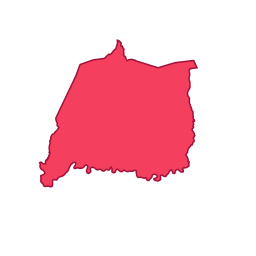 outline of San Francisco de Becerra, Olancho, Honduras, rotated 207°
{"feature_id": "27666195B71120455883268", "entity_name": "San Francisco de Becerra", "entity_type": "district", "adm_level": 2, "iso_a3": "HND", "parent_name": "Honduras", "parent_adm1": "Olancho", "projection": "albers", "projection_center": [-86.058, 14.62], "detail": "fine", "context": "isolated", "style": "filled", "palette": "rose", "viewbox_px": 256, "rotation_deg": 207, "n_neighbors": 0, "source": "geoboundaries", "source_scale": "gbopen_adm2", "svg_char_len": 5664}
<svg xmlns="http://www.w3.org/2000/svg" viewBox="0 0 256 256"><g transform="rotate(207 128 128)"><path d="M177.4,201.3L176.7,200.3L175.6,198.0L175.5,197.2L175.3,195.5L174.8,192.9L175.2,192.3L175.9,190.3L176.1,189.6L176.3,187.9L177.0,185.6L177.7,185.2L178.6,185.1L180.7,179.2L190.0,172.8L199.5,162.8L198.1,150.9L197.3,121.4L196.8,104.1L196.1,102.9L195.1,101.7L194.5,101.1L193.3,100.3L193.0,99.7L192.6,98.6L192.3,98.0L191.9,97.8L190.4,97.4L190.1,97.1L189.8,96.7L189.8,96.3L190.1,95.0L190.2,93.7L191.2,91.2L191.2,89.9L191.2,89.6L191.4,89.1L192.4,88.3L192.6,87.9L192.6,84.6L192.5,84.2L192.0,83.8L191.7,83.1L191.6,82.8L191.9,81.7L191.9,81.3L191.2,80.0L190.4,78.9L190.2,77.1L189.4,75.0L189.2,74.4L188.7,73.7L188.4,73.1L187.9,72.6L187.5,72.0L187.3,71.6L187.3,70.6L186.4,70.7L186.4,69.7L186.0,69.3L185.9,69.0L186.1,67.7L185.4,66.8L185.7,66.1L185.2,65.0L185.3,64.9L185.8,64.9L186.0,64.8L185.9,64.1L185.5,63.6L185.6,63.4L185.8,63.3L185.9,63.0L185.7,62.3L185.8,62.2L186.4,62.3L186.5,62.0L186.4,61.7L186.5,61.3L186.4,60.7L186.1,60.1L185.1,59.2L185.1,58.9L185.2,58.7L185.7,58.3L186.6,57.9L188.0,57.5L188.3,57.5L188.6,57.8L189.1,58.1L189.8,58.1L190.4,57.8L190.9,57.2L190.9,56.8L190.4,56.6L189.9,56.1L189.6,55.6L189.3,54.6L188.9,53.6L188.2,52.9L187.5,52.3L186.3,51.9L184.0,51.6L182.4,51.0L181.9,50.5L181.6,49.8L181.7,48.8L182.3,47.9L184.0,46.1L184.0,45.8L183.9,45.4L182.5,43.4L181.9,41.5L181.5,40.9L180.6,40.3L178.3,39.5L177.7,39.2L177.1,38.5L176.4,38.1L175.9,38.0L175.5,38.2L173.1,39.9L172.2,40.2L171.2,40.2L170.7,40.3L170.0,40.7L169.1,41.5L169.2,42.3L169.6,43.6L171.3,46.6L171.4,46.9L171.3,47.5L171.1,47.9L170.6,48.3L168.2,49.2L167.7,50.1L167.8,51.6L167.4,52.4L166.9,53.2L164.7,55.3L163.7,56.9L163.1,59.5L162.5,61.0L162.0,62.8L162.0,63.6L162.4,66.0L162.3,68.9L161.5,71.4L160.8,72.5L160.2,73.1L159.8,73.3L159.3,73.3L158.8,73.0L158.4,72.6L158.2,72.0L158.0,70.9L158.3,69.4L158.3,68.4L158.2,68.0L157.9,67.8L157.6,67.7L157.3,67.7L156.6,68.0L156.2,68.2L155.7,68.8L155.4,69.4L155.1,69.6L154.5,69.8L152.8,70.1L152.2,70.5L151.3,71.0L150.7,71.5L150.1,72.1L149.8,72.5L149.3,74.9L149.0,75.5L148.4,76.1L148.1,76.2L147.6,76.1L147.1,76.0L146.7,75.7L146.2,75.0L145.9,73.5L145.8,71.8L145.7,71.2L145.5,70.8L144.8,70.1L144.0,69.6L143.4,69.5L142.8,69.5L142.3,69.8L141.7,70.7L141.4,72.2L141.6,72.8L142.8,74.1L143.1,74.6L143.1,75.0L143.0,75.5L142.8,76.0L142.5,76.4L141.3,77.1L140.7,77.1L139.3,77.2L137.4,76.7L136.0,76.9L135.3,77.7L134.8,78.2L134.2,78.5L133.6,78.7L133.0,78.6L131.5,78.2L130.9,78.3L130.4,78.5L129.9,78.8L128.9,80.6L128.3,81.4L127.9,81.5L126.5,81.6L126.0,81.8L125.7,82.1L125.5,82.5L125.3,83.0L125.6,84.8L125.5,85.2L124.8,85.2L123.8,84.5L123.3,83.7L122.8,82.2L122.4,81.7L121.6,81.4L120.6,81.6L120.2,81.8L119.9,82.0L119.4,83.0L119.4,83.8L119.5,85.1L119.3,85.9L119.0,86.3L118.5,86.5L117.8,86.4L115.7,85.8L114.7,85.9L114.0,86.1L113.4,86.5L112.7,88.1L112.3,88.5L112.0,88.6L110.3,88.6L108.8,88.8L108.3,89.1L107.3,90.2L105.5,90.9L105.1,91.2L104.2,91.6L102.6,93.5L102.1,93.8L101.6,93.7L101.1,93.4L100.8,92.8L100.7,92.4L100.0,91.7L99.9,91.2L99.6,90.8L99.1,90.2L98.6,89.6L97.3,88.6L96.7,88.6L96.0,88.8L94.6,89.7L94.0,90.0L92.1,90.3L90.7,90.7L90.3,90.9L90.0,91.5L89.7,91.7L89.3,91.7L88.8,91.5L88.4,90.9L87.7,90.4L87.0,90.3L86.3,90.3L85.8,90.6L85.5,90.9L85.2,92.8L84.4,94.9L84.5,95.5L85.0,96.9L84.9,97.2L84.6,97.7L84.3,98.1L83.5,98.7L83.1,98.9L81.6,99.1L80.8,99.0L80.3,98.8L80.0,98.3L80.0,97.5L80.1,96.7L80.9,95.6L81.8,94.6L81.9,94.2L81.0,93.7L80.0,93.7L78.8,93.9L77.5,94.3L77.2,94.5L76.0,95.8L75.7,96.7L75.7,97.2L75.9,97.7L76.8,98.9L77.1,99.4L77.2,100.2L77.1,100.9L76.7,101.3L76.2,101.6L74.4,101.2L73.6,101.3L72.9,101.6L72.4,102.2L72.2,102.7L72.0,104.4L71.3,105.9L71.5,107.6L71.4,108.1L70.9,109.7L70.6,110.2L70.4,110.4L70.1,110.4L69.6,110.2L68.1,108.7L67.5,108.2L67.2,108.1L66.5,108.3L66.0,108.5L65.8,108.9L66.2,111.6L66.2,112.2L65.8,112.9L65.1,113.5L64.8,113.6L64.3,113.6L61.0,112.9L60.2,113.1L59.3,113.6L58.9,114.1L59.0,114.7L59.3,115.1L59.8,115.6L60.8,116.3L60.9,116.8L60.8,117.3L60.6,117.5L59.0,118.4L58.2,119.1L56.8,121.0L56.5,121.6L56.7,122.3L57.1,123.1L57.7,123.7L58.0,125.4L59.3,125.4L59.7,126.7L60.2,127.2L61.0,128.2L61.6,128.6L62.2,129.1L63.1,129.6L63.5,130.0L63.9,130.1L64.3,130.8L64.4,131.3L64.2,132.1L64.2,132.6L63.9,132.8L63.8,133.1L64.5,134.6L64.7,136.3L64.7,138.2L64.5,139.2L63.9,140.3L64.3,141.2L63.9,141.8L63.3,142.0L63.1,142.3L63.3,143.4L63.3,144.0L63.6,145.2L63.4,145.6L63.1,145.8L63.0,146.3L63.4,146.9L65.0,148.5L65.1,149.0L65.1,150.1L65.0,151.2L65.1,151.7L65.8,152.2L66.7,153.4L67.8,153.9L68.7,154.6L69.9,155.2L70.2,155.5L70.4,156.3L69.9,157.6L69.9,158.6L70.1,158.8L71.0,159.1L71.1,159.6L71.1,160.5L71.2,161.2L73.0,163.3L73.1,163.6L72.0,164.1L71.9,164.3L72.1,164.9L72.5,165.3L73.8,165.6L74.1,165.8L75.1,167.8L76.2,169.4L76.7,170.6L77.3,171.7L77.7,172.1L78.4,172.3L79.1,172.8L81.0,175.1L81.6,175.4L82.2,175.6L82.4,175.8L83.4,177.2L84.4,177.9L84.9,178.5L85.5,179.9L86.4,181.3L86.7,182.4L89.5,184.1L90.1,184.7L90.7,185.8L91.0,186.7L91.2,187.5L91.1,190.8L91.3,192.6L92.3,194.3L93.5,196.7L96.1,199.6L96.3,200.1L97.2,203.5L98.7,205.7L98.9,206.0L99.6,206.6L99.9,207.4L99.5,208.6L99.6,209.0L93.9,213.0L100.1,218.0L115.7,207.6L128.6,195.3L150.8,191.5L151.7,191.4L152.8,191.6L154.2,191.1L155.9,190.9L156.5,190.5L157.6,189.3L158.6,189.0L159.1,187.8L159.4,187.6L160.5,188.1L161.4,188.9L161.8,189.1L162.0,189.5L162.1,189.9L162.4,190.2L162.8,190.4L164.2,190.5L165.0,191.0L165.1,191.3L165.4,192.6L166.3,193.4L166.6,193.8L167.1,195.6L167.6,196.5L168.2,196.9L168.9,197.0L169.2,197.2L170.2,198.4L170.5,198.4L171.4,197.8L171.6,197.9L172.1,198.8L172.5,200.3L173.0,200.9L173.6,201.1L174.8,201.2L175.7,201.7L176.3,201.6L177.4,201.3Z" fill="#f43f5e" stroke="#9f1239" stroke-width="1.5"/></g></svg>